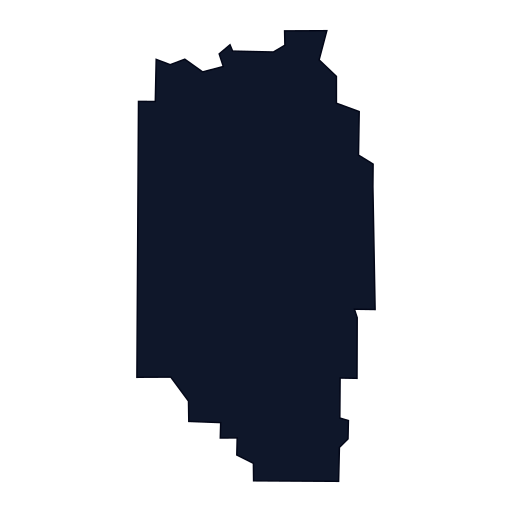 Marion, Georgia, United States of America
{"feature_id": "52423323B6215511480610", "entity_name": "Marion", "entity_type": "district", "adm_level": 2, "iso_a3": "USA", "parent_name": "United States of America", "parent_adm1": "Georgia", "projection": "robinson", "projection_center": [-84.513, 32.348], "detail": "fine", "context": "isolated", "style": "filled", "palette": "ink", "viewbox_px": 512, "rotation_deg": 0, "n_neighbors": 0, "source": "geoboundaries", "source_scale": "gbopen_adm2", "svg_char_len": 633}
<svg xmlns="http://www.w3.org/2000/svg" viewBox="0 0 512 512"><path d="M156.2,59.4L155.3,101.5L138.5,101.4L136.9,377.3L145.4,377.2L170.8,377.1L188.5,401.1L188.8,421.4L220.7,422.6L220.3,438.0L237.2,437.9L236.8,455.0L253.4,463.3L253.6,480.8L338.6,481.3L339.4,447.4L348.0,438.9L348.4,420.6L339.8,418.0L340.1,378.0L357.0,378.3L357.2,317.7L354.4,309.2L375.1,309.5L372.9,186.6L373.1,164.1L358.5,155.1L359.2,111.6L336.4,103.2L336.4,76.4L319.1,59.9L326.8,30.7L284.6,30.9L284.9,45.2L273.4,52.0L232.6,51.1L230.0,44.8L219.2,53.9L223.3,66.5L202.6,71.9L184.8,59.2L170.2,64.7L156.2,59.4Z" fill="#0f172a" stroke="#020617" stroke-width="1.5"/></svg>